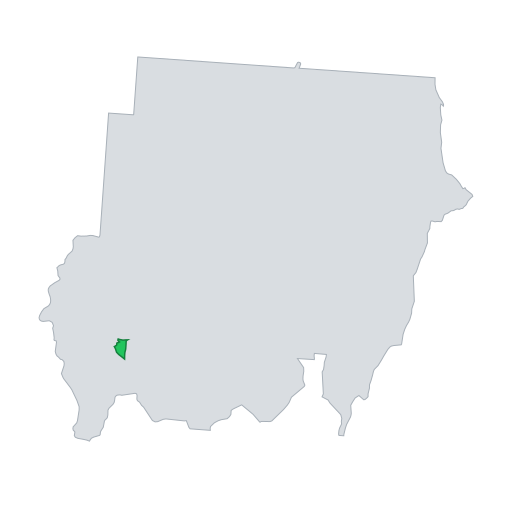 Beliel, Southern Darfur, Sudan shown in context, rotated 4°
{"feature_id": "16777658B54519575625723", "entity_name": "Beliel", "entity_type": "district", "adm_level": 2, "iso_a3": "SDN", "parent_name": "Sudan", "parent_adm1": "Southern Darfur", "projection": "robinson", "projection_center": [25.18, 11.91], "detail": "fine", "context": "in_parent", "style": "filled", "palette": "green", "viewbox_px": 512, "rotation_deg": 4, "n_neighbors": 0, "source": "geoboundaries", "source_scale": "gbopen_adm2", "svg_char_len": 4397}
<svg xmlns="http://www.w3.org/2000/svg" viewBox="0 0 512 512"><g transform="rotate(4 256 256)"><path d="M356.1,429.2L351.3,429.2L350.8,427.9L350.9,424.4L351.4,421.8L353.1,417.6L352.7,415.3L352.9,412.0L351.6,408.3L340.1,397.6L337.9,394.6L331.7,391.9L332.8,388.9L330.1,367.0L331.3,364.5L331.6,360.6L331.6,357.3L333.0,351.7L333.1,349.3L321.0,349.1L320.9,351.5L321.4,354.2L321.4,355.3L304.5,355.4L311.3,364.0L311.7,367.7L311.3,372.4L311.4,375.5L311.8,377.4L313.7,381.3L313.6,382.0L313.1,382.9L301.2,394.4L299.3,399.7L297.7,402.5L294.2,407.2L283.3,419.4L281.5,420.2L273.2,420.6L272.4,420.9L271.7,421.5L271.3,421.4L264.2,414.2L252.1,405.5L244.2,410.0L242.0,411.7L242.0,415.8L240.8,418.0L238.6,420.3L232.8,421.7L229.7,423.0L226.1,425.3L222.5,429.3L222.3,431.3L222.6,433.1L202.3,433.0L201.0,431.6L198.0,425.1L196.0,425.5L177.5,424.8L174.8,425.4L169.5,428.1L166.9,428.5L164.1,427.3L154.4,414.6L152.3,413.0L150.1,410.0L148.0,408.7L147.3,407.7L147.1,406.3L147.1,403.5L146.5,401.8L144.9,401.4L131.8,404.3L130.0,404.0L127.2,404.5L126.3,405.1L125.2,406.7L125.0,410.2L124.7,412.0L123.7,413.9L119.9,418.2L119.1,420.1L119.3,424.9L119.0,427.3L118.5,428.4L116.8,430.2L116.3,431.3L115.6,437.4L113.6,441.1L113.1,442.4L113.0,445.0L112.6,445.8L106.7,448.0L104.5,449.3L103.2,451.4L102.8,452.3L100.3,451.5L97.1,451.0L90.9,450.3L88.4,449.4L87.3,447.9L87.6,444.2L87.0,443.4L86.0,442.8L85.4,441.2L85.5,439.2L88.8,435.0L89.4,432.7L90.3,422.0L90.1,418.7L87.5,412.7L81.6,402.3L80.1,400.3L72.7,391.8L71.9,390.5L70.1,386.9L72.1,379.0L72.2,376.8L71.7,374.6L69.8,372.9L68.2,372.7L66.0,370.6L64.5,369.6L63.3,367.8L62.4,365.2L63.0,355.9L62.6,354.6L60.7,354.3L60.3,353.6L60.4,351.8L59.4,346.5L58.2,342.2L58.9,339.7L57.3,336.4L54.3,335.0L48.3,336.1L46.5,335.9L45.2,335.3L44.3,334.1L43.9,332.7L44.3,330.5L46.0,326.6L48.1,323.3L52.4,320.3L53.5,318.8L54.2,317.0L54.3,315.0L54.0,312.9L53.5,311.0L52.3,308.4L51.2,305.4L51.1,303.4L51.7,301.9L52.8,300.2L57.1,296.7L61.4,293.9L62.1,292.9L61.9,291.7L59.9,289.3L59.3,284.8L58.2,281.6L60.4,279.2L62.0,278.4L64.5,277.6L65.5,276.6L65.8,274.7L65.7,272.9L66.7,271.5L67.9,268.6L68.9,267.3L72.2,263.9L72.9,261.7L73.1,259.6L72.3,253.1L74.2,250.4L76.6,248.2L80.1,248.4L85.6,247.9L89.3,247.0L91.9,247.0L97.9,248.2L98.5,247.7L98.9,246.0L99.0,123.7L123.8,123.7L124.1,123.5L124.2,65.7L280.3,65.8L281.6,65.5L284.0,60.1L285.0,59.7L286.6,60.1L287.2,61.3L285.9,65.7L422.2,65.7L422.6,72.3L423.8,77.6L427.8,85.2L431.2,89.2L432.4,91.5L432.6,92.5L432.4,93.5L431.4,92.4L429.7,91.6L429.5,95.1L430.5,102.4L432.0,107.5L431.0,112.2L431.3,120.1L433.3,129.6L433.0,135.7L436.1,149.9L439.0,157.8L440.5,159.8L442.3,160.8L445.6,161.5L450.5,165.5L454.4,169.7L455.8,171.9L457.7,174.4L459.0,173.9L459.7,173.3L461.0,175.2L467.2,179.5L468.1,181.4L466.0,183.4L463.5,186.7L462.3,189.8L461.7,190.8L459.7,192.7L459.3,193.6L458.5,194.2L457.5,194.3L455.5,195.3L453.6,195.0L451.7,195.6L451.0,196.3L449.5,197.0L447.5,197.3L444.4,199.9L441.6,201.2L440.7,202.2L439.4,207.4L438.3,208.8L434.2,208.9L432.2,209.4L429.5,208.8L428.2,208.9L427.8,210.0L427.4,214.5L427.5,216.4L425.3,221.5L426.1,231.0L424.0,238.1L423.7,239.8L421.6,245.4L420.4,247.5L417.7,258.1L416.7,261.3L414.3,264.8L417.1,290.1L415.1,297.9L415.2,302.2L413.9,308.4L412.8,311.3L411.0,314.8L409.5,318.7L408.2,323.9L407.4,333.6L407.0,334.5L399.7,335.7L397.4,336.4L395.9,337.5L394.0,340.0L390.4,346.9L388.4,351.1L385.4,356.8L381.9,360.9L381.2,362.9L380.6,366.6L379.4,372.4L378.2,376.5L378.4,379.9L377.4,385.7L377.6,388.5L376.3,390.1L374.7,391.6L373.5,391.9L368.4,388.0L364.8,390.7L362.7,394.5L360.9,398.3L362.0,406.3L361.9,408.0L361.5,410.0L358.1,417.8L357.2,421.4L356.1,427.7L356.1,429.2Z" fill="#d9dde1" stroke="#a8b0b8" stroke-width="1"/><path d="M132.1,368.0L132.1,367.9L132.0,366.2L131.9,364.3L131.9,363.9L131.9,361.7L132.0,361.1L132.0,360.9L132.0,360.7L132.3,359.4L132.3,359.1L132.4,358.8L132.5,357.7L132.5,356.4L132.5,355.6L132.5,355.3L132.5,354.4L132.5,353.8L132.5,353.7L132.5,353.0L132.5,352.7L132.4,350.8L132.4,350.3L132.5,350.0L132.6,349.6L133.1,349.1L133.8,348.6L131.8,348.8L129.1,349.2L127.6,349.0L126.6,348.9L125.9,348.8L124.3,348.4L124.1,349.3L124.1,349.7L124.3,349.9L124.7,350.3L125.6,351.2L125.8,351.3L125.2,351.7L124.8,351.9L123.7,352.3L123.3,352.5L123.2,353.5L123.3,354.2L123.1,354.8L122.4,355.2L121.8,355.8L121.0,356.2L122.3,358.4L123.6,361.7L125.9,363.8L128.9,365.8L130.1,366.6L131.2,367.4L132.1,368.0Z" fill="#22c55e" stroke="#15803d" stroke-width="1.5"/></g></svg>